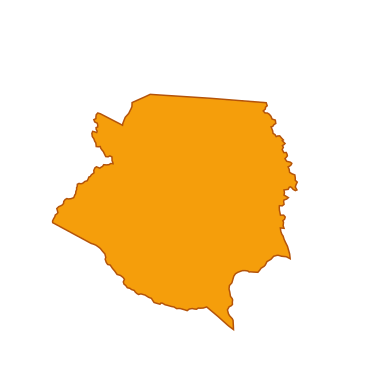 the district of Cabrobó, Pernambuco, Brazil, rotated 312°
{"feature_id": "56859067B41088445871412", "entity_name": "Cabrobó", "entity_type": "district", "adm_level": 2, "iso_a3": "BRA", "parent_name": "Brazil", "parent_adm1": "Pernambuco", "projection": "equal_earth", "projection_center": [-39.345, -8.388], "detail": "fine", "context": "isolated", "style": "filled", "palette": "amber", "viewbox_px": 384, "rotation_deg": 312, "n_neighbors": 0, "source": "geoboundaries", "source_scale": "gbopen_adm2", "svg_char_len": 3527}
<svg xmlns="http://www.w3.org/2000/svg" viewBox="0 0 384 384"><g transform="rotate(312 192 192)"><path d="M308.0,187.4L274.3,143.4L250.0,112.6L246.1,107.7L236.6,95.6L230.9,93.2L226.0,91.0L218.4,87.6L215.3,90.2L213.4,90.9L208.0,92.4L202.8,92.4L196.7,94.7L195.1,95.7L194.0,91.3L193.3,88.7L188.8,71.5L187.7,69.1L185.4,69.1L183.6,70.3L182.2,71.5L180.1,70.6L179.0,72.8L179.7,75.6L178.6,77.2L177.2,78.4L175.7,77.6L174.5,78.8L173.8,80.8L172.4,81.4L171.6,79.5L170.6,77.6L168.5,78.4L166.5,80.8L165.9,83.4L164.6,85.8L164.2,87.5L163.0,89.0L161.7,90.4L162.9,92.1L164.4,93.4L163.5,94.8L163.0,96.8L162.7,99.0L161.6,101.7L160.6,104.2L162.0,106.1L163.9,106.8L164.5,109.0L163.0,110.5L161.8,111.6L161.1,113.2L160.2,114.4L158.8,112.5L156.9,112.1L155.0,110.4L153.2,108.1L151.2,108.4L149.5,107.8L148.0,107.5L147.4,105.8L146.8,104.1L144.9,103.7L142.3,104.6L140.7,106.3L138.9,106.0L137.5,105.7L135.4,106.0L134.0,105.3L132.6,106.0L130.2,106.6L128.1,105.3L126.2,105.1L124.8,104.7L123.6,103.7L122.8,102.3L121.0,101.6L119.3,103.0L117.9,103.4L116.7,104.6L114.7,105.3L112.8,106.7L111.3,106.9L110.0,107.4L108.7,107.9L106.2,106.6L104.1,104.8L103.4,103.4L101.5,102.8L99.2,103.0L97.5,104.2L95.7,104.3L93.9,103.7L92.0,102.8L89.2,102.6L88.1,104.4L86.9,106.2L85.2,106.2L83.4,105.8L81.9,106.6L79.4,107.1L77.1,107.8L76.0,109.0L86.3,151.5L87.3,153.6L88.2,156.2L88.6,159.7L88.7,161.6L88.1,165.3L87.7,168.7L85.7,171.7L84.0,172.4L82.3,175.4L81.7,177.8L83.0,180.1L82.0,184.1L81.5,187.7L80.6,191.5L82.1,194.6L82.4,197.9L81.9,200.2L79.2,201.1L78.0,203.2L78.2,205.2L77.6,208.0L78.9,210.4L79.0,212.2L80.2,215.0L79.7,216.8L79.7,219.0L80.1,220.9L82.1,222.2L84.0,226.1L84.7,230.2L85.8,233.0L85.0,235.8L84.5,237.7L85.5,239.9L87.2,243.3L88.7,243.2L89.6,244.5L90.2,247.5L91.2,249.3L93.2,253.4L94.5,255.5L95.1,258.7L96.5,260.0L97.5,261.2L99.7,265.7L100.6,267.8L103.2,268.3L105.5,270.1L106.6,272.0L107.9,273.8L109.9,274.3L111.2,275.9L113.3,278.0L116.4,279.8L116.9,294.6L116.9,303.4L116.9,307.3L117.0,309.6L117.5,314.9L119.8,312.7L124.1,308.4L124.8,306.7L125.2,302.7L125.9,300.6L128.1,297.2L131.6,296.4L133.9,297.3L135.5,297.3L137.1,295.7L139.0,294.4L139.7,293.1L140.2,290.4L143.0,286.9L144.7,284.4L147.5,282.4L151.2,282.4L157.4,279.4L160.3,279.0L163.0,279.8L167.2,282.0L169.0,283.9L170.6,286.2L170.8,288.0L171.9,289.0L173.5,291.1L176.4,294.7L179.4,294.6L181.5,294.3L185.0,295.3L186.8,295.3L190.4,294.3L194.8,295.7L198.9,295.7L201.9,297.6L202.9,298.8L204.2,301.6L207.0,305.4L208.1,309.6L211.3,306.0L215.5,299.3L217.2,295.0L218.4,292.2L220.2,289.2L220.7,287.1L222.1,284.4L224.4,281.7L226.6,284.7L227.9,282.3L229.6,281.1L230.8,280.2L231.5,278.7L233.7,279.0L235.8,278.0L236.1,275.6L234.0,273.2L237.0,269.1L238.9,267.2L240.3,266.1L242.1,268.3L244.4,268.7L246.4,266.3L247.6,265.7L250.1,267.1L252.3,267.4L251.3,262.4L253.2,261.3L255.1,259.0L258.3,261.7L260.5,261.1L261.7,261.6L261.9,263.5L261.6,265.4L262.2,267.9L263.8,268.6L264.8,265.5L266.8,264.5L269.8,263.6L269.8,260.9L271.5,259.4L273.5,257.0L272.4,254.0L271.9,251.4L273.9,249.0L275.0,246.6L276.8,247.3L278.6,247.5L280.1,247.0L280.0,245.2L278.2,241.8L279.0,238.8L281.3,238.8L282.7,238.7L283.7,237.3L284.4,235.6L282.7,233.9L283.9,230.6L286.3,230.0L286.9,228.2L288.8,228.6L290.3,228.7L290.5,224.8L291.8,225.1L292.0,222.5L292.4,219.6L291.0,218.2L289.5,217.5L290.2,215.3L289.8,213.0L291.5,210.9L293.3,207.2L294.8,208.1L297.0,207.8L299.0,208.4L301.2,205.8L299.8,202.7L301.1,200.0L301.5,197.5L301.1,195.1L299.6,193.4L299.9,190.7L302.7,191.0L304.2,189.9L306.4,190.2L308.0,187.4Z" fill="#f59e0b" stroke="#b45309" stroke-width="1.5"/></g></svg>